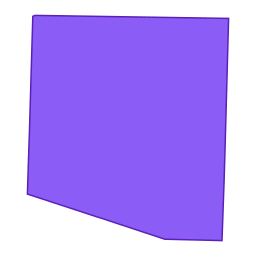 the district of Randolph, Missouri, United States of America
{"feature_id": "52423323B90263846548439", "entity_name": "Randolph", "entity_type": "district", "adm_level": 2, "iso_a3": "USA", "parent_name": "United States of America", "parent_adm1": "Missouri", "projection": "natural_earth1", "projection_center": [-92.479, 39.428], "detail": "fine", "context": "isolated", "style": "filled", "palette": "violet", "viewbox_px": 256, "rotation_deg": 0, "n_neighbors": 0, "source": "geoboundaries", "source_scale": "gbopen_adm2", "svg_char_len": 315}
<svg xmlns="http://www.w3.org/2000/svg" viewBox="0 0 256 256"><path d="M224.2,177.9L225.0,150.4L228.6,18.4L35.1,15.4L32.8,16.3L29.3,136.4L29.1,140.5L27.4,194.1L96.1,216.6L100.6,218.0L164.7,239.2L193.3,239.9L194.2,239.9L222.0,240.6L223.9,186.5L224.2,177.9Z" fill="#8b5cf6" stroke="#5b21b6" stroke-width="1.5"/></svg>